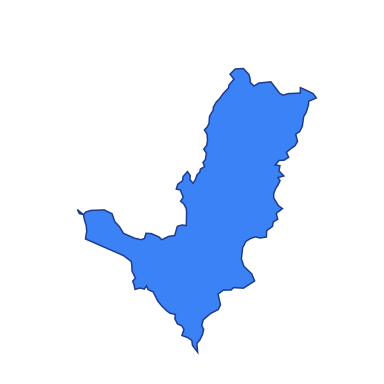 outline of Itapuca, Rio Grande do Sul, Brazil, rotated 296°
{"feature_id": "56859067B54250017496252", "entity_name": "Itapuca", "entity_type": "district", "adm_level": 2, "iso_a3": "BRA", "parent_name": "Brazil", "parent_adm1": "Rio Grande do Sul", "projection": "natural_earth1", "projection_center": [-52.198, -28.755], "detail": "fine", "context": "isolated", "style": "filled", "palette": "blue", "viewbox_px": 384, "rotation_deg": 296, "n_neighbors": 0, "source": "geoboundaries", "source_scale": "gbopen_adm2", "svg_char_len": 2142}
<svg xmlns="http://www.w3.org/2000/svg" viewBox="0 0 384 384"><g transform="rotate(296 192 192)"><path d="M331.0,262.5L333.5,257.7L333.5,248.1L333.3,243.6L328.4,246.0L322.7,235.5L318.9,231.3L319.2,227.5L325.6,214.6L319.3,204.4L314.4,201.2L316.0,196.5L320.1,193.9L322.7,191.3L325.5,184.0L321.5,176.9L314.5,174.5L311.8,180.2L304.5,178.4L301.4,179.2L294.2,176.9L287.6,175.8L283.6,174.4L277.6,174.0L274.8,175.2L271.5,174.8L267.5,174.6L261.3,177.2L257.1,177.2L253.3,175.9L250.4,180.4L244.7,183.5L240.3,184.8L235.7,183.8L233.1,188.0L226.9,189.8L223.4,188.9L220.2,192.3L216.4,189.5L213.4,190.3L209.7,189.0L204.6,189.6L200.3,189.1L202.3,184.6L205.8,183.4L208.4,179.0L201.9,177.2L198.1,178.6L192.7,175.8L187.7,176.6L188.7,180.6L183.5,186.4L178.7,185.8L177.9,189.5L174.9,193.7L172.1,195.7L159.3,201.6L158.0,197.5L154.7,193.9L145.2,195.5L141.9,190.5L135.9,185.8L137.1,182.0L136.8,173.7L134.7,168.7L129.4,169.7L126.8,167.1L125.3,160.7L124.8,148.6L129.0,142.0L131.6,135.5L137.4,129.7L137.4,120.9L131.1,109.2L127.6,105.4L124.1,104.3L119.8,107.6L115.2,111.8L110.5,114.6L103.1,116.8L104.8,158.4L102.9,167.9L99.1,170.4L94.6,172.8L89.8,179.0L85.9,177.8L83.4,180.4L79.5,183.5L83.0,187.5L83.8,191.7L87.7,192.3L85.0,195.4L85.2,200.9L78.8,209.3L76.2,215.1L74.1,221.4L73.4,225.5L74.7,230.7L70.6,232.1L67.1,236.7L67.2,241.6L64.9,245.0L58.6,245.8L59.3,252.3L58.5,256.9L54.3,259.7L50.5,267.3L58.0,262.7L62.4,263.9L68.4,263.9L73.7,262.7L76.2,259.3L82.0,258.1L90.9,261.9L97.8,267.1L103.0,267.1L111.7,260.1L117.5,263.1L121.1,270.1L124.3,271.3L128.1,280.4L139.5,287.3L144.6,281.5L147.9,271.3L153.5,265.7L164.2,261.9L171.3,262.1L175.7,264.9L179.4,268.5L180.5,273.4L184.2,278.6L190.0,276.0L196.3,279.4L200.8,278.2L205.1,281.0L209.7,277.0L216.7,280.6L217.6,275.7L222.5,268.0L226.5,266.1L231.8,265.7L236.1,266.2L240.8,266.2L242.6,262.9L246.7,267.5L249.1,260.9L254.2,259.5L252.9,255.0L258.5,256.4L260.8,260.7L265.6,263.7L269.0,259.5L274.4,261.9L278.8,264.3L283.6,264.7L289.4,259.9L293.7,262.3L299.5,262.3L308.8,259.3L313.7,259.7L321.4,258.5L324.7,257.1L331.0,262.5ZM124.1,104.3L125.9,96.7L123.2,100.3L124.1,104.3Z" fill="#3b82f6" stroke="#1e3a8a" stroke-width="1.5"/></g></svg>